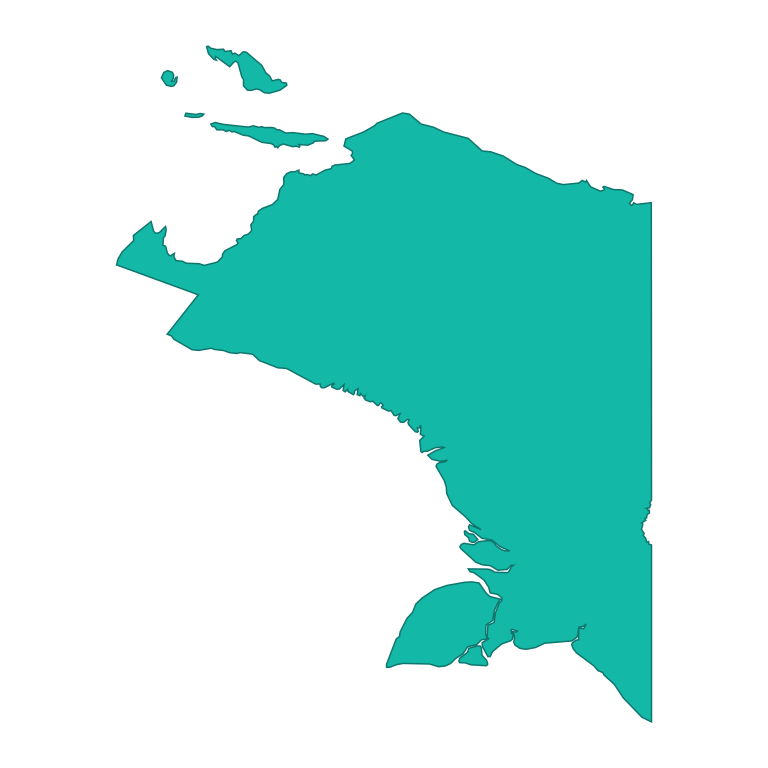 map outline of Papua (Mercator projection)
{"feature_id": "IDN-558", "entity_name": "Papua", "entity_type": "Province", "adm_level": 1, "iso_a3": "IDN", "parent_name": "Indonesia", "parent_adm1": "", "projection": "mercator", "projection_center": [137.674, -4.867], "detail": "fine", "context": "isolated", "style": "filled", "palette": "teal", "viewbox_px": 768, "rotation_deg": 0, "n_neighbors": 0, "source": "natural_earth", "source_scale": "10m", "svg_char_len": 6083}
<svg xmlns="http://www.w3.org/2000/svg" viewBox="0 0 768 768"><path d="M651.3,202.7L651.5,500.0L649.6,503.1L650.7,504.7L649.6,507.7L646.4,508.3L647.8,508.8L648.0,510.5L649.3,510.4L649.4,513.1L647.1,514.5L646.6,517.8L644.9,518.4L645.8,520.3L641.5,523.0L642.6,523.6L642.7,525.1L641.4,529.4L644.2,533.5L643.1,535.4L645.6,538.1L646.7,542.1L648.6,541.6L648.9,544.2L651.5,544.9L651.5,721.9L642.0,717.3L623.3,697.9L614.3,684.3L604.0,675.0L602.8,672.5L597.9,670.6L594.0,665.9L576.5,652.9L573.1,648.6L571.7,644.6L572.4,642.9L575.7,640.3L578.6,639.7L578.8,629.0L580.6,627.8L582.9,628.9L584.2,628.0L586.0,623.9L583.4,626.3L578.9,627.1L577.3,636.8L571.9,640.9L544.7,643.2L535.5,647.5L526.0,649.3L520.0,648.4L514.9,644.9L513.7,642.0L514.6,638.6L514.1,634.4L512.0,631.5L516.0,632.1L517.5,631.0L511.9,629.3L511.0,630.2L511.5,633.5L513.1,634.6L512.5,639.1L510.6,640.8L501.8,643.9L492.5,651.6L490.2,656.5L487.9,656.6L482.2,646.1L482.2,642.6L488.7,638.8L487.2,636.7L487.9,625.4L494.2,622.4L495.2,613.5L499.4,602.9L501.7,600.9L502.0,597.9L497.5,594.3L490.2,592.9L488.7,587.3L484.0,580.0L473.9,572.6L470.2,571.8L468.3,568.9L487.1,569.1L490.3,569.6L495.0,572.3L507.1,572.6L508.5,572.1L511.7,566.5L513.7,565.2L511.0,565.2L507.3,569.4L499.5,570.1L497.6,570.1L490.4,565.7L482.2,564.8L475.8,562.2L460.7,548.5L459.9,546.6L461.4,544.4L463.9,543.3L474.0,544.9L478.6,541.6L489.2,540.5L493.8,542.4L496.1,545.8L500.4,549.0L504.7,550.9L509.9,551.0L500.1,546.6L492.0,540.0L481.8,538.3L474.5,532.4L469.5,530.3L468.5,526.9L469.5,524.8L481.1,529.6L471.6,523.5L465.4,516.7L452.3,505.4L446.7,493.5L446.3,486.9L444.3,480.6L436.1,466.5L436.8,464.2L439.4,462.7L445.2,461.7L447.4,460.1L440.9,461.4L431.9,459.3L427.8,455.2L435.3,450.8L444.1,447.6L442.5,446.9L435.4,447.7L427.4,451.2L423.7,451.4L422.1,452.5L420.9,451.6L419.7,440.5L424.0,436.1L420.4,434.3L420.9,426.2L420.2,425.7L419.4,427.9L417.4,427.9L418.2,431.4L417.3,432.2L415.2,431.7L408.5,424.4L408.0,422.5L409.3,419.7L407.7,419.3L403.7,422.3L400.5,422.1L397.9,418.6L400.1,413.7L395.6,415.7L394.1,415.3L390.8,410.4L388.6,411.1L382.0,408.0L381.5,406.8L383.2,405.5L381.4,403.2L380.5,402.8L378.3,405.5L377.2,405.4L372.8,401.2L370.3,401.8L365.9,400.1L364.2,398.5L365.2,395.6L363.7,396.8L360.4,393.5L359.9,395.7L357.2,394.6L358.1,388.5L354.4,391.1L354.4,393.5L353.3,394.6L348.0,391.5L347.8,389.2L345.1,391.9L343.1,390.4L344.0,384.7L339.3,389.0L336.5,389.2L331.7,387.0L332.0,385.5L334.3,383.9L333.5,383.1L324.4,387.8L321.8,387.8L320.4,386.4L320.0,384.0L315.6,384.1L286.4,368.4L277.8,367.8L259.4,360.6L252.7,354.2L240.2,352.6L236.8,353.5L229.3,352.6L223.9,350.6L214.3,349.4L211.3,348.2L198.8,350.4L192.0,349.7L174.0,339.3L171.5,335.9L167.2,334.2L198.3,294.8L116.5,264.9L118.1,258.9L122.1,252.0L133.7,240.6L133.4,235.5L151.1,221.5L153.6,231.2L155.6,233.3L159.2,232.7L165.5,226.5L166.2,229.7L165.1,235.9L163.5,237.6L162.9,245.3L165.6,246.2L167.3,252.9L169.2,255.3L170.5,255.8L174.4,253.4L173.8,256.7L176.0,260.6L182.7,261.3L186.1,263.2L199.1,263.7L204.3,265.4L217.4,262.1L222.4,256.8L222.5,254.2L225.0,250.7L236.9,244.6L238.1,243.1L236.4,240.6L237.3,238.9L240.7,238.7L244.2,235.4L247.8,234.4L250.8,231.7L251.6,229.9L250.8,224.8L253.5,221.5L253.8,216.6L256.5,214.2L257.6,214.3L258.4,211.2L262.3,208.4L272.3,204.6L277.7,199.5L279.9,189.4L283.9,184.3L283.7,177.5L286.8,173.6L290.7,171.8L294.8,171.8L298.9,170.1L298.9,172.9L303.8,173.9L304.6,175.0L306.8,174.5L310.9,175.6L312.5,173.9L316.1,175.0L325.4,170.0L331.1,168.7L332.1,166.3L334.5,165.1L350.1,163.4L354.5,159.9L351.1,155.4L352.6,153.4L352.2,151.0L344.0,146.1L345.8,138.9L363.6,132.0L374.5,125.8L376.9,123.3L402.5,113.0L409.3,114.1L421.2,124.1L433.5,127.2L443.6,132.0L468.1,138.3L482.2,151.0L490.7,151.8L503.1,156.0L517.1,164.7L525.1,167.4L535.5,173.4L548.5,178.3L556.6,183.2L563.3,184.6L578.7,183.1L582.3,180.4L585.5,182.1L586.5,180.5L590.7,186.9L600.4,191.2L604.1,190.0L604.5,189.1L602.9,187.2L603.9,186.4L613.7,189.6L622.2,189.9L633.1,194.6L632.4,199.8L629.4,203.3L631.4,205.4L632.3,205.4L633.7,202.7L636.3,204.4L651.3,202.7ZM489.8,596.5L500.7,599.2L498.2,602.0L494.2,610.7L492.8,620.4L486.0,625.0L485.6,633.7L487.1,639.2L481.7,639.6L476.6,644.6L467.7,646.7L463.1,653.6L455.6,658.5L450.6,663.5L445.1,666.0L438.6,666.7L429.4,664.0L403.3,663.4L396.2,664.7L389.7,667.3L386.6,667.3L386.5,664.4L396.2,639.0L399.5,636.5L400.2,631.8L407.0,618.4L412.6,612.3L415.8,604.1L422.3,597.9L434.7,589.6L446.7,585.5L464.6,582.3L472.2,581.9L479.1,583.0L486.4,593.5L489.8,596.5ZM286.4,83.1L286.8,85.4L279.9,90.2L269.4,93.2L264.5,92.8L259.5,89.6L255.9,89.0L251.0,90.4L247.5,90.2L243.5,85.8L243.5,79.5L241.8,76.8L238.0,62.9L236.0,61.3L234.3,61.7L229.7,66.7L215.7,56.4L215.3,58.2L216.3,60.2L213.6,59.2L208.5,53.7L206.6,46.7L208.1,46.1L210.8,48.2L216.8,49.6L223.5,49.2L225.0,51.5L231.0,50.7L232.4,54.2L234.8,53.1L238.9,55.7L243.0,51.9L246.2,52.1L261.8,65.4L265.7,72.7L269.6,76.0L272.2,80.9L278.3,79.4L280.2,79.9L281.7,82.4L286.4,83.1ZM323.9,136.4L328.0,139.1L325.8,140.7L314.5,141.2L313.3,142.9L307.8,145.2L298.9,144.5L299.9,146.2L299.2,147.2L296.2,146.1L292.6,146.7L283.4,144.0L279.6,145.5L277.7,147.8L276.7,146.5L275.0,147.2L273.7,145.0L271.3,143.6L261.9,142.3L248.3,135.8L243.5,135.3L234.2,131.5L232.1,132.0L229.3,130.4L226.2,131.5L223.3,129.9L216.8,129.8L214.6,126.6L212.4,126.6L210.8,124.1L215.1,122.5L223.5,124.4L248.4,127.1L253.2,125.8L259.2,127.4L261.4,126.6L264.5,127.6L271.8,127.5L275.0,128.2L276.7,129.8L279.4,129.8L285.8,133.1L292.6,132.6L305.7,134.2L312.5,133.6L323.9,136.4ZM486.5,660.2L487.6,663.2L487.5,664.9L486.2,665.7L470.8,664.8L465.3,662.9L459.6,662.6L458.8,661.0L460.1,657.8L467.5,652.5L468.9,648.3L477.6,645.9L480.1,646.1L481.3,648.0L482.1,655.4L486.5,660.2ZM177.1,77.1L176.6,82.2L173.8,85.8L171.4,86.4L166.4,85.2L161.4,77.8L163.8,72.5L167.6,70.6L172.3,72.3L173.6,74.9L173.3,78.4L171.5,81.3L174.2,81.2L175.5,77.8L177.1,77.1ZM473.3,534.2L477.8,539.5L474.5,542.2L472.1,542.3L469.4,541.0L468.7,537.9L464.7,534.5L464.4,531.5L465.1,530.8L469.2,533.8L473.3,534.2ZM199.9,113.5L203.8,114.1L202.0,116.1L199.1,117.1L192.1,117.4L184.9,116.0L185.9,113.2L196.2,114.5L199.9,113.5Z" fill="#14b8a6" stroke="#0f766e" stroke-width="1.5"/></svg>